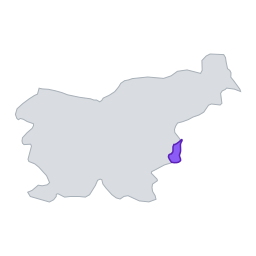 Brežice on a map of Slovenia (orthographic projection)
{"feature_id": "SVN-938", "entity_name": "Brežice", "entity_type": "Municipality", "adm_level": 1, "iso_a3": "SVN", "parent_name": "Slovenia", "parent_adm1": "", "projection": "orthographic", "projection_center": [15.611, 45.93], "detail": "fine", "context": "in_parent", "style": "filled", "palette": "violet", "viewbox_px": 256, "rotation_deg": 0, "n_neighbors": 0, "source": "natural_earth", "source_scale": "10m", "svg_char_len": 2191}
<svg xmlns="http://www.w3.org/2000/svg" viewBox="0 0 256 256"><path d="M240.6,91.5L234.3,89.1L226.6,88.1L225.2,89.5L222.2,90.9L220.6,93.4L221.9,103.3L220.1,105.0L211.4,104.0L208.5,105.2L203.8,112.1L199.0,115.0L192.9,117.1L188.3,119.6L182.6,121.7L177.6,123.0L175.7,126.0L174.5,129.3L174.8,132.5L179.8,138.9L180.5,145.6L180.0,153.8L178.8,158.2L176.8,161.2L164.5,164.9L151.6,171.7L151.3,173.2L157.1,179.2L157.4,180.7L152.5,184.1L152.0,187.6L152.6,191.5L155.1,195.6L156.0,199.3L148.9,201.9L139.3,200.9L128.0,195.7L124.0,196.4L120.1,199.0L116.2,197.9L111.9,194.7L105.9,188.0L102.9,184.0L101.8,179.7L100.1,179.1L97.6,180.3L95.4,185.4L89.6,194.7L85.4,197.1L79.0,196.5L70.2,196.5L64.6,197.1L57.9,193.7L56.3,194.3L56.2,196.5L53.6,199.8L49.4,202.0L30.3,196.5L27.7,192.2L32.1,190.4L38.2,185.2L42.3,185.8L47.3,184.8L49.6,182.6L46.6,175.7L38.8,167.1L34.7,163.8L28.9,161.5L28.0,159.3L31.5,146.1L30.6,144.2L24.0,144.6L22.5,143.2L22.0,140.9L22.5,137.7L27.1,132.7L32.2,128.3L33.5,125.7L33.4,123.7L27.1,121.5L23.4,119.3L20.4,118.5L18.3,119.7L16.8,118.3L15.4,114.4L17.1,108.7L22.9,103.5L29.1,98.9L34.4,95.5L37.5,94.1L39.1,88.2L42.3,88.9L48.5,89.3L55.4,90.8L61.9,92.6L67.6,94.8L79.6,97.3L90.5,98.8L93.8,100.0L96.5,100.0L99.7,101.8L101.7,100.5L103.2,98.1L109.2,95.3L114.7,91.7L118.6,87.0L120.8,83.3L124.6,80.7L128.6,79.9L132.3,78.6L147.7,77.0L163.6,78.4L171.2,75.8L177.4,71.3L186.5,70.0L187.0,69.9L200.6,73.4L201.6,71.3L202.2,70.4L201.9,60.5L206.2,56.0L210.1,54.0L223.7,54.6L225.5,57.6L226.2,62.3L227.5,68.6L229.8,70.4L231.0,72.8L230.8,77.2L233.5,80.5L239.9,89.3L240.6,91.5Z" fill="#d9dde1" stroke="#a8b0b8" stroke-width="1"/><path d="M181.8,139.6L182.1,140.1L181.8,141.2L181.0,142.5L180.4,144.6L180.5,146.8L180.6,150.0L180.5,151.7L180.1,153.0L179.6,154.2L179.4,155.5L179.7,156.8L180.5,158.9L180.6,160.4L179.8,161.4L178.4,162.2L176.9,162.6L174.1,162.7L171.4,162.2L171.0,161.5L169.4,159.2L169.1,158.4L168.7,157.7L168.5,157.0L168.5,156.2L168.9,154.9L170.0,154.2L170.8,153.9L171.2,154.0L171.5,153.7L171.9,153.4L172.1,152.6L172.7,152.2L172.9,151.6L173.0,150.5L173.0,146.8L173.9,144.5L174.9,144.5L176.8,143.5L179.9,141.2L181.2,139.7L181.7,139.6L181.8,139.6Z" fill="#8b5cf6" stroke="#5b21b6" stroke-width="1.5"/></svg>